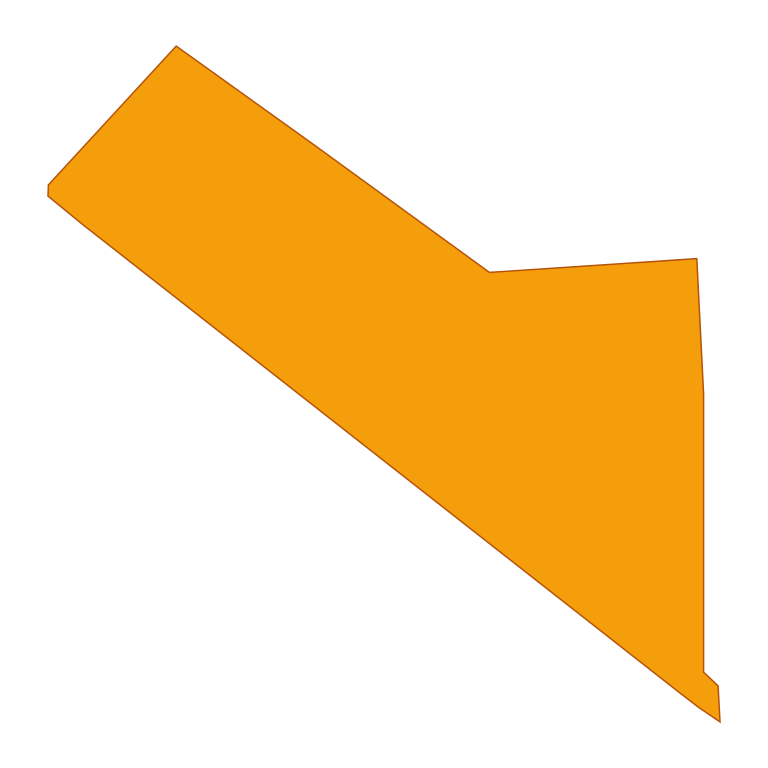 Garagum, Mary, Turkmenistan (Mercator projection)
{"feature_id": "10190150B14310189929045", "entity_name": "Garagum", "entity_type": "district", "adm_level": 2, "iso_a3": "TKM", "parent_name": "Turkmenistan", "parent_adm1": "Mary", "projection": "mercator", "projection_center": [61.282, 38.084], "detail": "fine", "context": "isolated", "style": "filled", "palette": "amber", "viewbox_px": 768, "rotation_deg": 0, "n_neighbors": 0, "source": "geoboundaries", "source_scale": "gbopen_adm2", "svg_char_len": 295}
<svg xmlns="http://www.w3.org/2000/svg" viewBox="0 0 768 768"><path d="M82.9,224.7L679.8,692.9L698.7,707.4L720.0,721.9L718.1,685.9L703.6,672.2L703.6,394.0L696.8,258.6L489.4,272.4L316.0,146.3L176.2,46.1L48.4,184.9L48.0,196.1L82.9,224.7Z" fill="#f59e0b" stroke="#b45309" stroke-width="1.5"/></svg>